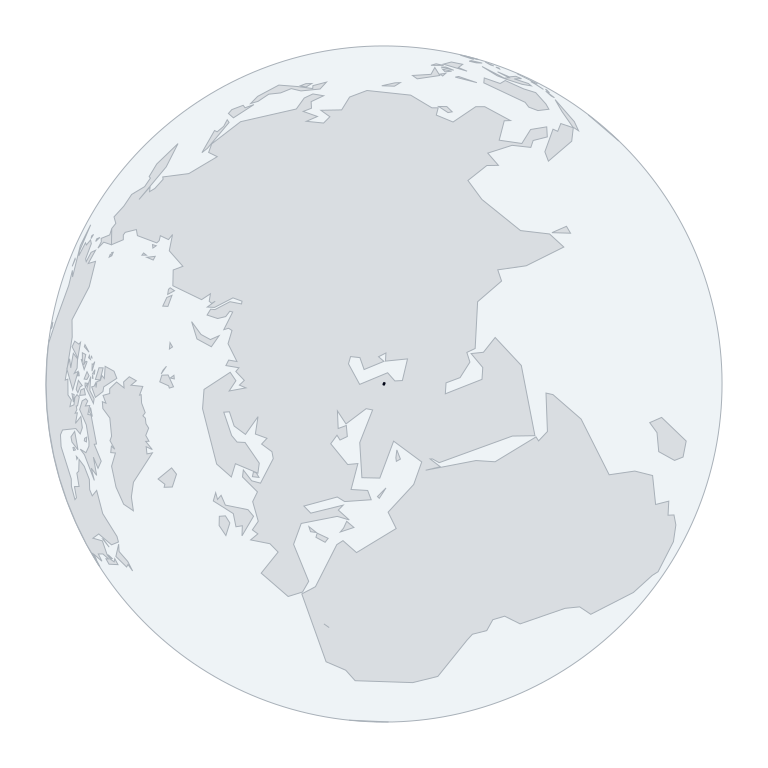 Göyçay highlighted on a globe, orthographic projection, rotated 280°
{"feature_id": "AZE-1703", "entity_name": "Göyçay", "entity_type": "District", "adm_level": 1, "iso_a3": "AZE", "parent_name": "Azerbaijan", "parent_adm1": "", "projection": "orthographic", "projection_center": [47.787, 40.558], "detail": "fine", "context": "on_globe", "style": "filled", "palette": "ink", "viewbox_px": 768, "rotation_deg": 280, "n_neighbors": 0, "source": "natural_earth", "source_scale": "10m", "svg_char_len": 10974}
<svg xmlns="http://www.w3.org/2000/svg" viewBox="0 0 768 768"><g transform="rotate(280 384 384)"><circle cx="384" cy="384" r="338" fill="#eef3f6" stroke="#a8b0b8"/><path d="M348.5,48.0L359.3,47.1L366.2,46.7L389.8,50.0L426.3,56.4L441.8,57.4L435.3,58.7L467.5,60.9L489.9,67.5L462.0,61.0L457.3,61.2L471.2,65.5L469.3,66.8L474.9,70.0L471.4,71.4L455.4,68.4L452.8,69.5L462.8,72.7L465.6,76.7L451.3,71.8L454.7,78.6L428.6,76.8L393.1,65.6L376.0,68.8L332.5,69.4L333.9,71.8L318.3,74.7L314.0,78.9L307.2,78.6L309.7,82.3L316.8,81.9L320.2,83.5L318.4,86.2L309.3,86.0L308.9,84.7L305.3,86.0L301.6,84.9L302.4,87.0L291.6,87.0L299.4,91.1L288.5,94.5L282.1,93.5L286.6,88.2L282.9,75.4L277.8,74.2L266.2,76.9L236.2,92.5L229.0,93.9L216.5,99.7L218.6,100.9L229.2,97.0L230.1,101.5L242.9,97.0L245.2,98.5L256.8,96.8L250.9,103.1L238.8,110.4L228.8,112.5L223.2,116.1L229.3,119.5L207.5,129.5L187.5,147.5L182.3,149.9L178.3,143.6L186.8,129.1L181.6,124.1L180.6,133.9L167.7,141.0L163.8,145.3L162.0,149.1L165.2,149.2L159.9,153.4L158.8,144.5L163.6,140.5L163.9,143.1L167.8,136.7L167.0,132.2L160.5,137.0L166.1,127.6L161.5,131.1L160.2,131.6L167.1,126.3L154.8,136.0L156.4,134.2L174.5,118.8L193.7,104.8L213.8,92.1L234.8,80.8L256.5,71.1L278.8,62.9L301.6,56.3L324.9,51.3L348.5,48.0ZM46.9,408.1L50.1,435.0L52.0,447.2L46.9,408.1ZM361.2,46.9L369.6,46.5L359.7,47.0L353.7,47.4L361.2,46.9ZM387.6,47.1L382.4,47.2L380.3,46.5L383.9,46.6L387.6,47.1ZM453.4,58.3L445.7,56.5L453.9,58.0L453.4,58.3ZM476.3,70.2L479.1,70.4L480.9,72.0L476.3,70.2ZM259.3,93.6L258.1,95.2L256.5,94.6L259.3,93.6ZM265.5,91.6L264.6,89.9L267.5,88.7L267.9,89.7L265.5,91.6ZM477.1,75.9L479.0,78.8L474.3,75.3L477.1,75.9ZM266.0,94.1L272.6,86.8L277.6,84.9L283.6,87.6L266.0,94.1ZM478.3,80.2L483.2,88.0L489.9,88.9L473.8,91.4L475.0,83.4L468.1,78.7L474.9,80.9L478.3,80.2ZM319.8,80.7L312.2,81.2L320.3,78.4L319.8,80.7ZM324.1,78.5L343.9,69.0L354.3,70.0L345.5,72.7L360.3,72.7L355.6,77.8L346.4,79.0L340.7,77.1L343.3,80.6L324.1,78.5ZM464.2,91.9L463.0,93.6L461.2,91.3L464.2,91.9ZM322.3,84.0L325.3,81.8L334.5,82.4L330.0,87.1L328.5,85.3L322.3,84.0ZM366.5,70.4L372.5,72.0L370.3,76.5L372.4,77.9L356.4,78.0L366.5,70.4ZM325.5,86.5L327.5,89.5L321.5,91.8L319.9,86.3L325.5,86.5ZM338.8,80.7L342.9,81.3L339.2,82.4L338.8,80.7ZM301.3,102.4L304.8,99.1L309.9,99.1L301.3,102.4ZM328.7,90.5L330.7,89.8L333.1,89.5L333.2,92.0L328.7,90.5ZM356.0,81.4L353.8,83.1L362.4,81.5L361.2,85.2L350.7,84.8L354.7,86.5L354.3,87.7L346.2,86.2L356.0,81.4ZM340.4,93.9L326.7,95.4L319.1,101.1L314.4,101.2L327.4,92.0L340.4,93.9ZM344.5,89.4L340.9,92.1L336.9,90.6L336.8,87.8L344.5,89.4ZM364.1,88.0L368.7,82.4L370.8,82.7L364.1,88.0ZM339.0,95.8L342.4,95.5L339.0,96.4L339.0,95.8ZM357.3,90.6L358.6,88.5L361.0,88.9L357.3,90.6ZM347.9,96.8L343.5,97.1L343.3,95.1L347.9,96.8ZM352.9,94.2L355.8,95.3L345.9,94.2L353.1,93.1L352.9,94.2ZM359.3,91.4L361.1,90.9L358.4,92.2L359.3,91.4ZM351.1,104.6L338.7,103.7L338.4,99.0L350.5,100.5L351.1,104.6ZM94.9,464.1L86.8,407.1L95.5,396.0L100.4,375.2L163.0,339.5L172.5,351.7L217.6,365.4L222.6,370.8L213.2,386.2L243.8,421.1L258.5,410.3L290.2,430.7L313.8,434.7L329.4,403.4L290.6,396.2L287.9,378.5L322.1,370.3L356.5,377.3L356.6,370.7L338.1,353.5L349.4,342.8L332.2,346.6L336.6,354.1L325.9,357.0L321.2,350.4L325.4,346.6L315.9,341.9L298.4,362.2L301.1,372.1L274.4,369.9L276.3,386.4L267.8,391.5L261.4,365.7L264.6,357.6L249.9,326.3L244.1,334.3L257.6,364.8L251.9,360.9L244.1,373.4L245.5,360.9L232.3,326.7L210.4,322.8L176.6,344.1L165.0,339.9L158.1,326.5L176.4,295.9L200.1,308.9L206.9,299.4L207.3,279.7L214.5,285.8L217.5,279.7L227.0,284.0L245.4,275.1L255.8,278.1L267.9,260.8L274.9,260.4L265.7,270.5L264.9,279.6L291.3,287.9L297.9,285.4L303.6,273.9L310.2,278.2L312.4,266.0L330.0,265.6L310.3,256.3L316.6,243.7L329.8,236.6L328.4,231.1L306.8,242.9L301.3,249.4L302.3,257.3L284.4,274.9L274.3,275.3L279.7,251.5L265.9,249.8L276.1,233.1L328.2,209.6L347.4,207.7L368.8,230.5L361.5,237.6L350.2,232.7L356.2,248.7L357.8,241.8L363.3,245.8L370.6,235.9L374.8,238.3L374.7,225.1L380.6,226.9L380.6,235.3L396.6,223.4L410.3,225.0L411.9,221.3L409.7,216.8L428.6,222.5L428.9,219.5L422.9,216.4L419.6,208.8L421.2,197.8L427.6,200.3L427.9,204.6L438.3,218.0L438.1,229.8L440.9,229.8L442.6,220.3L430.0,203.8L429.1,196.6L436.2,203.4L433.5,200.3L435.1,197.5L442.7,197.4L435.4,189.7L444.1,159.0L459.7,156.6L465.0,165.5L477.9,149.4L494.5,149.8L488.8,146.7L491.2,138.0L486.1,137.7L483.5,135.7L487.3,115.4L493.1,113.3L488.4,102.8L485.5,101.4L480.8,102.2L473.8,91.4L489.9,88.9L495.6,92.0L501.7,89.1L514.0,96.9L526.9,102.6L536.8,114.0L546.2,118.2L547.5,116.7L561.2,122.0L585.0,139.4L560.0,131.8L523.2,110.7L537.7,119.4L532.7,119.7L536.8,124.4L547.2,130.9L549.5,130.2L557.3,155.2L578.9,180.3L581.6,171.1L590.5,172.6L617.4,197.2L639.6,249.9L651.8,255.8L657.3,263.6L657.4,274.5L649.4,263.2L643.0,264.7L638.4,257.1L635.9,272.0L629.2,261.9L630.5,279.2L637.8,284.3L642.6,274.3L646.6,294.7L660.6,300.3L670.1,316.3L673.1,360.1L664.3,383.2L665.4,389.4L657.9,388.8L654.0,406.5L673.0,426.2L674.6,435.0L665.4,462.8L664.1,456.7L644.1,455.1L644.8,478.0L660.1,484.2L665.5,499.6L655.7,501.9L649.7,488.6L642.5,487.5L641.3,468.7L629.4,446.1L619.2,458.7L617.0,447.3L599.0,431.3L582.7,448.4L558.8,491.8L560.5,521.0L550.1,537.3L525.1,503.5L516.2,476.2L505.8,481.9L481.3,461.9L434.8,467.6L429.5,460.1L420.5,464.8L403.5,457.8L395.9,444.9L385.0,446.1L405.6,479.7L417.4,478.4L429.1,464.5L432.5,476.4L449.1,485.4L426.1,516.0L359.3,541.6L355.0,519.4L316.1,452.0L318.6,444.9L318.5,444.0L318.2,442.4L312.3,453.8L306.3,440.0L324.6,487.9L326.7,506.9L358.3,542.9L354.8,546.1L365.6,553.2L403.2,545.1L402.9,552.2L383.7,584.2L333.7,621.5L341.8,646.1L340.5,664.4L312.5,672.4L318.1,684.8L304.1,686.5L305.4,692.3L295.9,695.9L279.0,696.4L246.7,686.5L242.1,681.4L222.0,665.8L193.1,627.6L198.5,615.4L194.5,601.2L171.4,559.7L176.3,543.1L170.8,532.1L159.0,528.0L152.9,514.5L146.1,510.2L105.4,487.8L94.9,464.1ZM137.3,366.5L134.6,372.3L137.3,366.5ZM390.6,401.5L412.8,402.8L406.8,381.5L414.9,380.5L409.9,373.9L406.3,380.0L394.8,361.9L405.8,355.7L405.2,346.3L397.7,345.5L379.4,360.1L395.7,385.6L388.9,394.2L390.6,401.5ZM167.8,141.5L167.7,142.4L164.9,146.7L164.2,145.5L167.8,141.5ZM164.7,162.5L156.2,168.9L161.8,163.2L159.1,162.3L167.6,149.9L180.2,150.5L173.0,152.2L164.7,162.5ZM182.4,134.6L175.6,141.7L182.5,133.9L182.4,134.6ZM225.1,244.8L226.6,250.7L220.4,256.3L207.3,254.6L216.0,246.2L225.1,244.8ZM230.2,258.1L239.2,236.2L247.7,237.1L241.4,240.1L246.1,242.9L237.2,248.8L236.6,271.9L231.1,278.5L209.8,270.5L219.8,269.1L217.7,263.0L230.2,258.1ZM247.2,185.6L251.2,178.0L264.5,189.4L259.2,195.3L245.8,193.4L244.1,185.4L247.2,185.6ZM275.3,101.0L276.0,98.7L278.5,98.6L280.0,100.4L275.3,101.0ZM302.5,100.9L275.0,111.3L274.3,109.1L258.9,118.9L251.3,117.0L261.5,110.5L244.1,116.9L250.3,110.3L238.7,115.5L262.3,101.3L267.1,96.2L264.6,102.4L271.5,104.2L275.9,103.5L292.1,97.9L306.0,88.7L315.0,89.7L317.7,92.9L315.8,95.2L310.5,93.7L311.7,97.9L302.6,97.6L302.5,100.9ZM344.2,139.5L338.9,135.0L339.7,146.9L330.6,145.2L331.3,146.7L323.1,148.6L314.3,153.8L310.8,152.1L308.9,154.9L303.5,156.5L299.7,159.9L292.0,158.3L286.8,162.5L286.1,159.3L279.2,167.2L280.9,160.7L274.0,162.7L276.0,167.9L243.8,154.3L228.9,154.8L215.6,159.2L220.4,148.5L235.9,138.0L255.7,130.0L269.4,131.5L269.0,126.8L275.5,126.3L273.0,130.2L280.6,124.0L285.3,124.8L302.9,119.9L311.0,111.4L317.7,109.7L316.8,113.5L324.0,109.3L327.0,115.5L331.8,114.7L339.5,120.3L335.0,128.7L340.8,127.2L346.9,131.9L344.2,139.5ZM353.0,106.3L349.7,115.9L343.2,119.9L332.5,108.5L327.7,108.5L320.7,102.1L330.4,96.6L331.5,98.9L334.8,99.8L330.5,101.1L336.5,100.8L338.2,104.0L343.3,104.8L340.9,107.6L353.0,106.3ZM230.7,366.7L235.0,369.2L242.3,371.1L237.5,379.3L230.7,366.7ZM221.2,343.6L225.5,344.1L222.3,355.8L217.9,353.5L221.2,343.6ZM230.5,334.8L226.0,343.2L225.8,337.3L230.5,334.8ZM269.9,270.5L274.8,270.7L274.3,273.7L270.3,277.1L269.9,270.5ZM344.7,177.2L342.7,173.3L344.8,172.2L347.2,162.8L354.1,163.7L355.4,169.8L344.7,177.2ZM321.3,408.1L312.9,413.2L310.0,409.6L313.4,408.5L321.3,408.1ZM272.0,397.1L282.0,404.0L270.6,399.2L272.0,397.1ZM352.6,176.6L352.8,172.5L356.1,175.6L352.6,176.6ZM359.3,164.0L363.7,166.7L355.2,162.8L359.3,164.0ZM399.3,663.2L380.3,691.5L364.0,691.2L359.2,683.4L365.1,666.3L383.5,661.3L392.1,652.4L399.3,663.2ZM699.4,496.5L702.3,491.8L701.9,493.1L699.4,496.5ZM696.7,498.6L700.5,492.4L695.5,502.2L696.7,498.6ZM701.8,489.9L705.6,480.9L707.3,476.0L706.6,478.9L701.8,489.9ZM693.8,503.1L675.4,525.9L667.2,531.6L669.9,525.3L683.1,512.1L693.8,503.1ZM669.2,525.9L655.7,526.7L632.0,507.2L640.6,502.1L664.3,506.2L663.0,511.2L671.2,512.9L669.2,525.9ZM698.9,470.2L697.3,482.8L687.9,494.8L683.2,498.7L680.0,488.1L681.8,478.5L685.9,474.1L697.9,430.0L702.8,429.6L700.1,446.2L703.9,450.7L698.9,470.2ZM562.2,523.1L571.0,536.3L564.9,541.5L562.2,523.1ZM699.8,404.1L696.9,423.2L698.6,400.9L699.8,404.1ZM699.0,385.5L700.6,390.8L697.5,388.3L699.0,385.5ZM668.1,397.7L663.9,403.9L662.4,399.9L666.8,389.6L668.1,397.7ZM677.3,330.0L682.5,342.5L683.6,347.7L679.1,342.6L677.3,330.0ZM412.0,183.7L401.0,195.2L397.6,205.3L402.9,213.2L390.7,207.5L395.9,192.0L412.0,183.7ZM439.5,161.5L434.7,155.4L439.8,155.3L441.6,156.7L439.5,161.5ZM434.5,159.8L422.9,157.7L422.3,152.6L431.5,155.1L434.5,159.8ZM387.6,166.1L383.8,169.3L381.2,166.6L387.6,166.1ZM664.0,573.1L669.1,564.9L684.5,538.5L664.0,573.1ZM706.2,483.1L711.2,466.2L712.8,460.9L706.2,483.1ZM720.2,418.0L719.9,420.8L719.8,418.8L720.8,409.6L719.2,416.0L721.1,402.1L721.1,407.1L720.2,418.0ZM715.5,439.1L715.1,442.5L714.3,443.1L715.5,439.1ZM716.7,433.5L718.7,427.8L716.3,436.9L716.7,433.5ZM706.1,449.4L707.3,454.0L711.2,441.6L708.2,454.1L709.9,460.2L708.6,466.4L707.1,459.3L705.0,474.0L703.2,477.2L703.1,468.1L705.4,451.1L707.2,442.0L713.7,425.4L706.1,449.4ZM717.1,425.0L716.3,419.1L716.7,411.8L717.6,413.7L717.1,425.0ZM712.5,406.0L708.6,402.3L706.5,411.5L709.3,386.9L712.8,394.4L712.5,406.0ZM706.9,389.8L705.1,398.2L706.0,385.1L706.9,389.8ZM703.8,396.3L702.0,390.0L704.2,387.0L703.8,396.3ZM708.1,387.4L706.0,374.9L708.4,379.7L708.1,387.4ZM697.1,376.5L704.5,379.1L697.5,385.4L690.3,363.7L692.8,358.5L697.1,376.5ZM667.4,260.7L662.9,255.6L663.2,249.9L666.2,254.9L667.4,260.7ZM660.1,228.5L661.9,246.8L662.6,262.5L665.5,262.2L671.3,274.9L663.4,269.8L658.2,251.3L658.8,241.4L652.7,231.6L649.4,220.2L640.5,210.9L637.1,204.0L645.3,209.6L660.1,228.5ZM636.6,207.4L620.0,189.5L623.4,183.8L627.8,186.5L634.0,196.9L631.9,199.2L636.6,207.4ZM617.0,183.7L614.7,186.0L585.5,169.2L580.2,164.5L604.2,173.1L603.4,175.9L609.9,181.4L617.0,183.7ZM466.7,94.5L463.4,93.7L466.2,93.0L466.7,94.5ZM480.6,135.7L477.7,132.8L481.1,131.8L480.6,135.7ZM471.3,124.5L469.6,127.7L468.8,123.2L471.3,124.5ZM466.0,135.2L467.6,128.4L470.0,136.5L466.0,135.2Z" fill="#d9dde1" stroke="#a8b0b8" stroke-width="1"/><path d="M385.1,384.3L385.1,384.6L384.9,384.7L384.7,384.7L384.3,384.6L384.2,384.5L384.0,384.4L383.9,384.5L383.7,384.5L383.6,384.4L383.4,384.3L383.2,384.3L383.1,384.2L383.2,383.8L383.2,383.7L383.3,383.4L383.6,383.4L383.8,383.3L384.1,383.4L384.3,383.4L384.5,383.5L385.0,383.6L385.2,383.8L385.1,384.0L385.1,384.3Z" fill="#0f172a" stroke="#020617" stroke-width="1.5"/></g></svg>